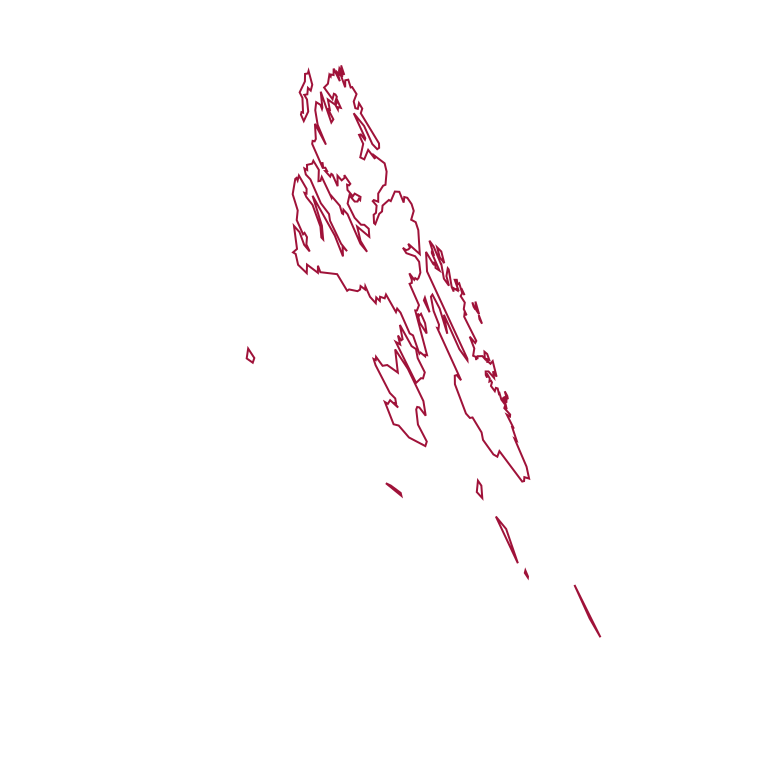 map outline of Svalbard (Robinson projection), rotated 67°
{"feature_id": "NOR-901", "entity_name": "Svalbard", "entity_type": "Territory", "adm_level": 1, "iso_a3": "NOR", "parent_name": "Norway", "parent_adm1": "", "projection": "robinson", "projection_center": [18.37, 77.559], "detail": "fine", "context": "isolated", "style": "outline", "palette": "rose", "viewbox_px": 768, "rotation_deg": 67, "n_neighbors": 0, "source": "natural_earth", "source_scale": "10m", "svg_char_len": 6133}
<svg xmlns="http://www.w3.org/2000/svg" viewBox="0 0 768 768"><g transform="rotate(67 384 384)"><path d="M347.5,340.6L324.8,340.9L319.7,342.4L322.5,344.9L302.4,347.2L305.4,349.9L302.2,353.5L305.9,355.4L301.3,357.3L306.4,360.0L298.3,362.8L286.8,363.0L289.6,364.5L284.7,367.3L287.7,369.1L288.2,372.1L283.3,379.2L283.8,381.5L264.6,384.2L256.2,398.9L249.3,398.6L255.8,401.4L244.0,408.2L251.8,411.8L240.7,416.5L229.8,414.5L227.3,416.3L225.7,411.3L203.3,405.1L211.3,402.4L224.7,403.1L233.0,400.6L225.2,400.9L218.7,397.5L213.8,398.1L214.6,400.0L199.0,400.3L190.5,395.6L173.6,393.9L160.5,385.5L160.1,384.0L162.9,384.0L158.9,380.9L174.1,379.0L178.4,380.9L177.0,382.5L181.6,382.4L191.2,379.8L214.2,381.0L224.6,384.4L227.1,383.5L214.0,379.3L182.8,376.2L228.1,371.3L250.5,371.9L241.1,368.3L247.3,366.1L238.1,368.7L212.6,369.9L206.1,368.2L192.9,371.5L166.9,371.8L160.6,374.1L154.5,373.0L157.0,371.1L152.2,369.3L153.1,364.0L150.9,361.8L161.4,360.3L171.7,365.1L172.2,363.1L169.1,360.4L191.8,359.5L190.7,358.8L202.7,355.0L210.5,355.9L211.5,355.2L207.7,353.2L213.5,351.2L245.6,350.9L255.7,347.9L243.2,349.7L228.6,347.2L242.7,340.0L235.1,337.4L229.8,339.9L228.4,342.9L219.5,346.1L203.7,347.0L196.9,342.1L204.6,339.7L205.7,337.1L203.7,334.8L205.4,334.1L202.6,332.5L197.3,336.6L199.0,339.3L191.1,341.8L186.1,340.1L187.5,338.6L186.6,336.8L176.2,338.9L178.8,339.6L180.0,343.4L174.1,345.4L183.8,349.4L171.2,349.6L170.0,350.4L172.1,352.5L165.0,354.9L165.7,353.2L162.0,353.5L161.3,355.5L155.8,354.0L158.8,356.0L134.9,356.3L132.3,354.7L133.5,353.0L131.8,351.0L117.5,345.9L141.0,343.9L119.5,343.8L105.1,340.3L98.1,336.3L102.2,333.4L106.6,333.6L105.6,332.8L90.2,328.0L122.7,330.3L120.6,327.2L110.6,328.0L108.2,327.5L111.8,327.0L100.2,324.5L108.0,319.7L113.2,319.2L111.2,318.2L112.9,315.9L105.1,316.1L107.2,318.2L105.4,318.7L101.2,315.2L98.5,315.6L97.3,316.7L101.7,320.1L87.7,323.3L85.7,318.3L77.9,313.4L80.0,312.9L78.4,311.9L79.9,309.7L74.0,307.1L88.0,306.3L79.1,305.1L83.6,303.1L95.7,303.8L89.3,301.0L89.9,298.0L98.0,298.8L98.2,297.3L106.4,296.0L112.1,301.5L118.9,302.6L120.5,300.6L115.7,297.3L122.0,296.4L125.7,299.6L160.6,294.6L164.7,296.2L165.2,298.5L158.6,301.0L138.7,301.5L122.9,306.1L150.5,305.2L151.6,306.1L145.2,307.8L144.9,309.6L154.8,309.3L166.1,317.3L169.5,314.4L162.3,307.1L173.3,304.3L169.6,303.8L181.1,297.2L189.5,298.6L201.2,304.8L201.1,307.3L206.4,314.9L213.9,318.1L210.7,321.5L211.3,322.9L216.9,321.1L223.3,324.5L224.2,327.4L232.0,330.3L233.5,329.6L225.5,321.9L224.4,318.4L219.2,315.6L216.5,307.6L218.3,306.3L211.1,298.8L213.1,294.8L224.7,295.0L219.8,292.3L221.7,289.8L229.2,288.3L236.3,289.0L243.4,294.8L247.4,291.6L255.7,292.3L278.4,300.3L264.4,306.9L268.7,306.9L269.6,308.9L269.4,311.4L266.0,313.4L272.3,312.3L278.6,305.4L285.2,303.9L295.7,307.0L299.9,310.8L300.8,312.6L298.7,313.9L299.9,315.4L292.0,317.4L298.9,317.7L301.8,318.9L301.8,321.3L325.1,321.0L329.2,324.9L328.5,326.5L374.3,333.1L373.3,334.6L374.6,335.3L369.3,338.1L370.0,339.6L350.6,338.3L347.5,340.6ZM527.8,287.4L524.6,291.2L528.1,293.0L527.8,294.9L490.9,304.0L495.2,308.1L491.6,310.8L474.1,314.7L466.7,313.1L449.4,315.6L448.8,318.2L443.2,320.1L411.9,318.8L404.0,315.6L404.2,313.6L410.7,311.6L353.4,313.1L354.3,312.1L350.9,310.2L336.2,309.8L322.0,306.7L320.6,304.5L336.4,303.3L362.5,306.1L343.7,301.8L381.4,301.0L394.9,298.0L393.2,297.4L297.2,300.4L278.8,293.7L292.8,291.8L294.3,291.0L290.9,291.0L294.0,290.0L297.3,291.2L301.2,288.6L282.1,288.8L279.9,287.8L285.7,287.8L269.8,286.2L276.8,284.6L296.7,284.7L294.8,284.1L310.4,287.7L318.9,285.8L309.1,284.4L302.4,280.1L303.8,279.7L321.3,283.8L326.2,283.7L322.4,282.9L326.3,280.1L323.9,279.9L327.8,278.9L315.7,278.2L316.5,276.3L321.2,277.3L320.7,275.4L331.0,276.5L333.0,279.1L340.6,277.8L346.2,281.3L353.0,281.1L350.6,282.3L353.4,283.9L380.4,282.2L381.9,284.0L373.9,286.6L386.6,287.0L392.8,290.9L394.9,288.9L398.0,289.8L394.4,288.2L397.6,288.2L395.0,287.0L396.8,282.5L400.2,281.4L393.6,278.9L396.7,277.3L402.9,277.7L401.1,279.7L404.9,280.5L403.4,279.7L407.0,278.1L405.4,275.0L421.3,277.5L414.9,278.7L421.3,280.3L413.3,282.9L412.2,285.5L415.5,286.8L418.4,286.6L414.4,285.2L420.3,284.5L422.9,286.0L422.8,284.2L424.7,284.0L427.6,286.3L433.9,284.8L431.3,282.5L432.5,281.1L439.4,282.3L436.1,281.1L444.2,282.1L449.8,280.7L442.9,279.9L445.8,279.2L455.2,280.9L451.8,281.5L453.2,282.7L461.4,279.8L463.1,280.7L460.3,282.9L475.9,281.9L472.4,282.8L487.7,284.0L485.7,285.2L515.8,285.1L527.8,287.4ZM457.3,370.2L443.0,381.9L428.0,386.7L424.8,390.9L401.0,390.2L403.8,388.2L401.3,384.7L411.2,380.2L405.6,381.7L406.3,380.4L401.7,379.3L394.6,382.1L363.4,384.4L356.9,383.8L358.7,382.2L355.9,380.7L366.7,378.2L367.8,373.6L378.9,366.8L356.5,360.2L379.5,356.1L415.1,354.4L429.5,358.0L419.4,360.6L418.1,362.4L420.0,364.3L434.6,368.6L453.7,367.1L457.3,370.2ZM395.5,354.0L349.9,356.7L353.9,353.7L344.8,352.2L350.5,351.1L350.1,349.4L335.8,346.3L360.0,343.8L364.3,340.9L373.4,342.9L389.2,341.9L394.1,345.9L393.1,347.7L395.5,354.0ZM110.6,355.1L103.6,355.2L101.5,353.7L102.6,352.5L88.8,347.3L82.6,347.7L74.6,338.6L67.7,335.5L68.4,332.8L66.3,331.1L80.5,333.1L85.3,336.8L81.7,338.3L87.4,341.4L86.7,344.4L92.0,343.7L103.6,347.3L110.6,355.1ZM643.4,287.2L701.7,283.7L680.2,286.3L643.4,287.2ZM565.2,328.2L601.3,330.8L549.7,332.8L565.2,328.2ZM333.8,322.5L344.0,322.4L354.2,325.0L341.1,327.2L332.3,325.5L334.8,324.8L333.8,322.5ZM309.4,493.2L313.1,496.5L306.8,500.4L298.3,495.2L309.4,493.2ZM527.4,338.1L519.7,340.8L509.7,335.3L515.6,334.1L527.4,338.1ZM289.1,283.2L279.0,281.7L284.4,279.5L296.3,281.3L289.1,283.2ZM320.5,312.6L335.8,314.0L322.6,314.6L320.5,312.6ZM490.8,411.2L493.7,411.7L476.1,421.0L480.2,417.4L490.8,411.2ZM75.5,300.5L85.3,302.5L78.3,303.1L76.2,301.8L79.2,301.5L75.5,300.5ZM352.1,270.2L343.8,267.6L357.0,269.2L352.1,270.2ZM361.7,270.8L357.6,269.8L366.8,270.2L361.7,270.8ZM83.1,300.1L73.9,299.0L83.9,299.8L83.1,300.1ZM443.2,277.1L445.2,276.9L449.1,278.7L443.3,279.0L443.2,277.1ZM329.7,275.8L326.0,275.4L333.6,275.1L329.7,275.8ZM446.4,275.9L444.4,276.4L437.9,275.7L443.2,275.2L446.4,275.9ZM610.9,326.7L617.5,326.7L618.4,327.2L612.9,328.2L610.9,326.7ZM351.3,270.8L347.9,271.3L343.3,270.8L351.3,270.8Z" fill="none" stroke="#9f1239" stroke-width="2"/></g></svg>